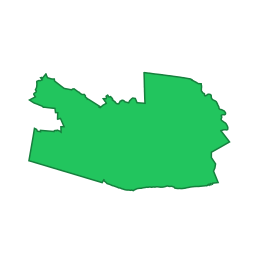 outline of Sluis, Zeeland, Netherlands, rotated 192°
{"feature_id": "6326949B19414277691711", "entity_name": "Sluis", "entity_type": "district", "adm_level": 2, "iso_a3": "NLD", "parent_name": "Netherlands", "parent_adm1": "Zeeland", "projection": "robinson", "projection_center": [3.526, 51.325], "detail": "fine", "context": "isolated", "style": "filled", "palette": "green", "viewbox_px": 256, "rotation_deg": 192, "n_neighbors": 0, "source": "geoboundaries", "source_scale": "gbopen_adm2", "svg_char_len": 5280}
<svg xmlns="http://www.w3.org/2000/svg" viewBox="0 0 256 256"><g transform="rotate(192 128 128)"><path d="M218.1,75.4L141.9,69.2L140.7,73.0L140.7,71.5L138.4,70.3L136.9,69.3L133.9,69.0L131.4,68.4L130.0,68.4L128.0,68.1L126.4,67.9L124.6,67.5L123.1,67.7L121.7,67.3L120.0,67.2L118.1,67.0L116.2,67.1L114.3,67.5L112.4,67.6L111.5,68.1L110.6,67.9L109.6,67.9L109.2,68.5L108.6,69.1L107.8,69.5L107.2,70.1L106.4,70.6L105.4,71.0L104.0,71.5L102.6,71.8L100.7,72.7L98.7,73.4L97.5,74.0L96.2,74.1L94.4,74.9L92.7,74.9L91.0,75.6L89.3,75.8L87.6,76.6L84.8,76.8L83.8,76.9L81.7,77.4L79.6,78.3L77.6,79.5L75.5,79.4L73.1,80.1L70.5,79.7L69.8,79.0L68.8,79.0L66.9,79.1L66.0,79.3L64.7,79.7L63.7,79.7L62.8,79.9L59.4,81.1L58.1,81.8L56.5,82.4L54.8,83.2L52.5,84.0L50.6,84.6L48.7,85.1L46.7,85.5L45.0,86.1L40.9,87.4L39.6,87.9L39.3,87.8L38.4,88.3L38.0,89.1L36.8,88.9L36.9,89.9L35.3,89.6L35.5,90.7L33.7,90.6L33.7,91.6L32.0,92.2L28.5,93.4L35.4,103.6L34.7,106.9L34.9,111.1L40.3,116.4L41.4,121.6L25.8,135.5L36.5,144.6L36.8,144.5L37.2,144.5L36.0,145.0L34.9,145.7L33.9,146.2L33.5,146.3L32.3,146.6L31.5,146.6L31.2,146.6L30.6,146.9L30.3,147.2L30.3,147.3L30.2,147.6L30.3,148.2L30.4,149.0L30.6,149.3L30.6,149.5L31.2,150.5L31.4,150.7L32.7,152.3L33.6,153.0L33.8,153.1L34.7,153.5L35.3,153.7L35.8,153.8L36.7,154.4L37.3,154.6L37.7,154.7L38.1,155.0L38.3,155.2L38.6,155.6L38.7,155.9L38.8,156.1L38.8,156.5L38.7,156.9L38.6,157.2L38.5,157.5L38.5,157.8L38.6,158.1L38.7,158.5L38.8,158.7L39.2,159.0L39.3,159.2L39.3,159.3L39.3,159.5L39.2,159.8L38.8,160.3L38.7,160.4L38.3,160.6L38.0,160.7L37.6,160.9L37.3,160.9L36.8,160.9L36.4,161.0L36.2,161.1L35.7,161.6L35.6,161.9L35.6,162.2L35.6,162.5L35.7,162.8L35.8,163.1L36.5,163.8L36.8,164.1L37.2,164.5L37.5,164.6L37.9,164.8L38.2,164.9L38.6,164.9L39.1,165.0L39.4,165.2L40.5,165.4L41.1,165.4L41.6,165.3L41.9,165.4L42.3,165.5L42.9,165.9L43.1,166.2L43.2,166.4L43.3,166.8L43.4,167.2L43.4,167.3L45.8,170.3L45.7,170.4L46.7,171.6L47.2,172.1L47.8,172.4L48.6,172.7L50.0,173.0L50.7,173.2L51.2,173.4L51.6,173.7L52.2,174.2L52.4,174.4L52.6,174.8L52.8,175.1L53.1,176.0L53.2,176.5L53.4,176.8L53.4,177.1L53.5,177.2L53.7,177.5L54.1,177.7L54.5,177.9L55.0,177.9L55.4,177.9L56.0,177.9L56.4,177.7L57.0,177.5L57.3,177.2L57.6,176.8L57.8,176.4L58.4,175.9L59.0,175.5L59.3,175.5L59.5,175.5L59.8,175.7L60.0,176.1L60.1,176.5L60.1,176.9L60.1,177.0L60.5,177.4L60.9,177.6L61.6,177.7L61.8,177.8L62.1,178.0L62.6,178.3L63.2,179.0L63.8,179.4L63.9,179.5L64.0,179.7L64.2,180.6L64.3,181.4L64.5,182.2L64.5,182.6L64.5,183.1L64.9,184.7L65.1,185.0L65.3,185.5L65.5,186.1L65.5,186.3L65.6,186.5L68.5,186.0L70.4,186.7L70.6,186.7L70.6,186.8L73.9,187.7L74.1,187.8L75.4,188.1L75.5,188.1L75.4,188.4L75.4,188.5L77.0,188.9L77.7,189.0L77.8,188.9L84.6,188.7L84.8,188.6L87.7,188.5L92.9,188.1L93.9,188.0L96.2,187.9L98.7,187.7L99.1,187.6L103.1,187.3L104.3,187.2L105.0,187.2L109.5,186.8L113.2,186.4L113.3,186.4L116.0,186.2L118.2,186.1L119.6,185.9L123.5,185.6L123.8,185.4L123.7,185.0L122.0,178.1L120.9,173.4L120.6,172.2L120.6,171.9L120.3,170.9L120.2,170.7L119.4,167.1L119.3,166.8L117.8,160.6L116.5,155.7L117.8,155.5L124.4,154.6L127.0,158.4L129.6,158.3L129.8,158.1L130.7,157.1L131.4,155.8L132.0,155.1L132.6,152.8L136.3,152.9L137.1,153.5L137.8,153.8L138.4,154.0L139.2,154.0L139.3,153.9L139.8,153.8L140.0,153.4L140.2,153.1L141.1,152.8L142.1,149.7L143.7,149.4L145.8,150.3L145.9,150.8L146.0,150.9L149.1,152.2L149.1,152.3L148.9,152.9L150.1,154.1L151.3,154.7L151.3,154.9L151.5,155.1L152.5,154.5L153.2,154.6L153.6,154.5L153.8,154.8L153.9,155.1L154.5,155.8L154.8,155.9L156.0,154.5L155.3,153.1L155.7,152.0L157.5,151.8L158.3,151.5L156.7,150.0L156.0,149.3L155.7,149.3L154.4,147.6L157.1,145.2L159.5,142.1L160.6,142.5L160.0,143.2L172.7,147.9L172.8,147.9L173.7,148.1L173.8,148.0L173.9,148.3L174.2,148.5L176.1,149.4L176.1,149.5L176.4,150.6L177.6,151.7L180.2,151.2L182.8,152.4L183.1,152.5L183.4,152.9L183.9,152.9L184.1,152.9L188.5,154.9L188.6,155.0L188.9,155.1L190.3,154.6L190.6,154.3L191.0,153.6L196.5,153.5L197.1,153.4L197.6,153.5L198.9,153.5L200.9,154.5L201.2,154.6L203.9,155.9L207.6,157.7L209.6,158.7L210.3,160.6L211.1,160.4L212.0,160.2L213.0,160.1L216.6,160.4L217.2,160.5L218.9,162.7L219.1,163.2L219.2,163.6L219.3,163.7L219.4,163.8L219.6,163.8L219.7,163.5L222.0,159.0L222.9,159.5L223.9,159.0L222.0,157.3L223.8,156.0L224.2,156.0L224.9,155.9L225.1,155.9L226.6,154.9L226.8,154.7L226.9,154.3L226.8,154.0L226.2,151.9L225.9,149.4L225.9,148.7L226.1,147.4L226.5,146.3L226.5,146.2L226.4,146.0L226.3,145.9L225.7,145.5L225.5,145.4L225.4,144.9L225.4,144.6L225.4,144.2L225.5,144.0L227.1,142.2L227.2,141.9L227.2,141.6L227.1,141.3L227.0,141.1L225.1,139.2L230.2,134.9L228.5,134.2L225.3,133.0L224.8,132.9L220.7,132.3L220.5,132.2L216.9,131.6L216.3,131.4L215.8,131.1L215.4,130.8L215.1,130.7L214.4,130.8L213.9,131.0L211.2,131.2L205.0,131.8L204.8,131.9L204.6,131.9L203.5,132.0L202.1,128.0L199.9,128.3L198.8,122.1L198.5,122.0L198.4,122.1L196.1,123.3L195.3,122.3L190.8,116.0L193.9,115.3L192.6,110.0L192.9,110.1L193.1,110.2L193.5,110.5L193.9,110.7L194.2,110.8L195.7,111.0L196.2,111.2L196.6,111.2L196.9,111.1L197.1,110.6L197.3,110.5L197.5,110.5L197.8,110.6L198.2,110.5L198.5,110.5L199.4,110.1L199.4,109.9L199.6,109.3L199.6,109.2L213.1,107.5L213.1,107.4L212.8,106.2L213.6,106.2L216.0,106.0L217.1,107.6L219.4,108.2L219.0,100.0L218.1,75.4Z" fill="#22c55e" stroke="#15803d" stroke-width="1.5"/></g></svg>